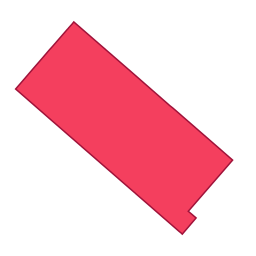 outline of Divide, North Dakota, United States of America, rotated 41°
{"feature_id": "52423323B7908254608729", "entity_name": "Divide", "entity_type": "district", "adm_level": 2, "iso_a3": "USA", "parent_name": "United States of America", "parent_adm1": "North Dakota", "projection": "equal_earth", "projection_center": [-103.804, 48.816], "detail": "fine", "context": "isolated", "style": "filled", "palette": "rose", "viewbox_px": 256, "rotation_deg": 41, "n_neighbors": 0, "source": "geoboundaries", "source_scale": "gbopen_adm2", "svg_char_len": 708}
<svg xmlns="http://www.w3.org/2000/svg" viewBox="0 0 256 256"><g transform="rotate(41 128 128)"><path d="M228.0,83.6L227.8,83.6L148.8,83.5L145.0,83.7L121.6,83.6L94.4,83.5L63.4,83.5L54.8,83.5L32.6,83.5L30.4,83.5L22.9,83.5L17.5,83.5L17.6,86.5L17.5,91.4L17.6,92.2L17.5,93.3L17.5,93.8L17.5,95.1L17.5,95.6L17.5,97.1L17.5,97.9L17.5,99.5L17.5,104.7L17.5,106.0L17.5,107.0L17.5,112.5L17.5,113.5L17.5,113.9L17.5,115.5L17.5,116.0L17.4,120.4L17.5,132.6L17.5,134.7L17.5,140.3L17.5,143.7L17.5,144.8L17.6,164.9L17.6,165.2L17.6,166.2L17.6,166.6L17.6,168.4L17.6,168.7L17.6,172.3L64.9,172.4L234.4,172.5L236.8,172.4L238.6,172.5L238.4,151.2L228.1,151.3L228.0,83.6Z" fill="#f43f5e" stroke="#9f1239" stroke-width="1.5"/></g></svg>